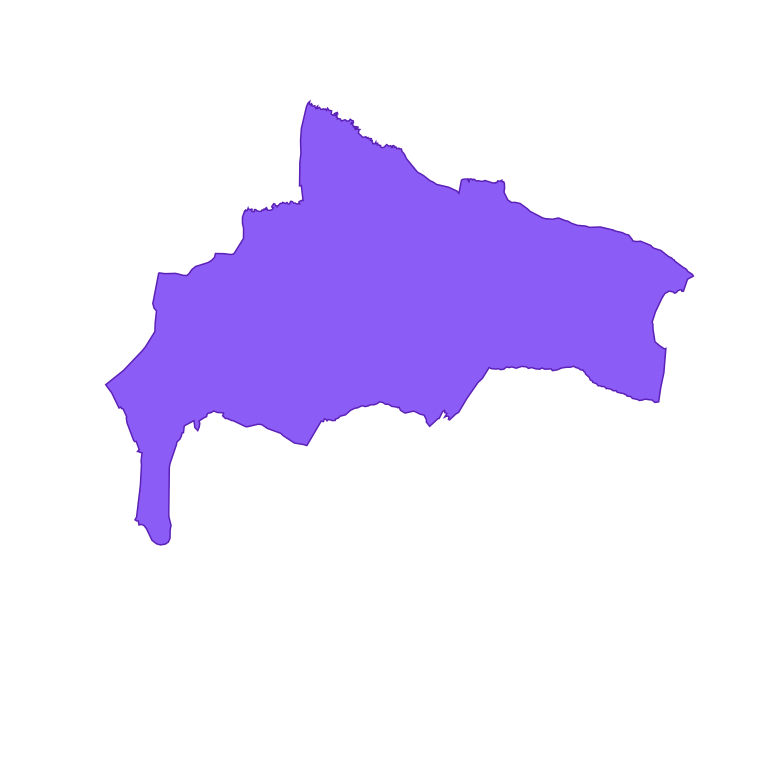 Ghioroiu, Vâlcea, Romania, rotated 118°
{"feature_id": "2599482B90702862990057", "entity_name": "Ghioroiu", "entity_type": "district", "adm_level": 2, "iso_a3": "ROU", "parent_name": "Romania", "parent_adm1": "Vâlcea", "projection": "equal_earth", "projection_center": [23.826, 44.687], "detail": "fine", "context": "isolated", "style": "filled", "palette": "violet", "viewbox_px": 768, "rotation_deg": 118, "n_neighbors": 0, "source": "geoboundaries", "source_scale": "gbopen_adm2", "svg_char_len": 6171}
<svg xmlns="http://www.w3.org/2000/svg" viewBox="0 0 768 768"><g transform="rotate(118 384 384)"><path d="M227.9,562.3L248.7,551.6L247.6,550.2L260.0,541.6L260.6,543.0L262.8,544.5L263.5,544.5L264.5,543.1L266.1,545.8L265.9,547.2L266.6,548.4L266.0,551.2L266.7,552.2L269.1,552.0L269.8,552.5L270.0,553.5L269.3,554.8L270.9,555.8L271.2,558.7L272.4,558.9L273.2,560.3L277.8,561.6L277.0,562.3L277.5,563.6L276.3,564.9L276.5,566.0L280.0,566.4L280.6,565.7L280.3,564.4L282.2,564.5L284.1,566.0L285.2,568.4L284.6,569.0L284.8,569.7L283.8,570.0L283.6,570.8L285.7,570.9L285.7,572.0L287.2,572.1L287.6,573.4L288.9,573.4L290.1,574.8L290.8,577.9L290.2,578.8L290.5,579.9L291.0,580.3L292.6,579.4L293.6,581.1L293.3,582.3L291.7,582.4L291.8,583.2L292.9,583.8L293.1,586.0L292.6,586.5L295.1,586.2L295.4,587.8L296.5,587.4L296.7,588.3L303.1,587.3L308.6,584.4L312.6,581.0L321.5,576.4L338.9,577.6L340.3,578.3L341.7,580.3L344.1,586.6L347.9,594.1L351.6,593.1L355.7,594.2L359.3,596.3L368.7,605.5L373.3,607.4L378.3,608.0L380.8,609.1L382.2,612.0L384.2,620.0L389.4,629.2L391.4,634.6L392.2,634.9L421.5,625.9L425.0,622.6L426.3,619.2L437.5,614.7L445.3,610.9L463.1,612.1L467.9,613.0L494.4,620.4L515.3,629.4L519.7,620.2L529.6,606.7L527.9,605.5L528.9,604.2L528.4,602.7L533.9,595.6L534.9,595.7L539.1,592.5L551.3,578.6L551.9,577.1L551.0,575.9L556.7,569.5L559.2,569.9L558.5,568.7L559.1,568.0L558.3,565.4L566.3,562.2L569.2,560.2L587.9,551.5L617.6,540.0L620.8,540.1L621.0,538.1L620.3,536.7L623.5,534.1L622.0,532.6L621.6,529.7L623.2,525.9L630.9,515.5L631.9,509.8L631.0,505.8L628.0,501.9L624.8,500.2L620.7,500.5L613.0,504.4L608.9,505.6L602.3,511.5L598.7,513.6L558.8,534.2L555.2,535.5L534.9,538.8L532.6,539.6L528.4,538.3L525.2,538.5L522.0,539.4L521.2,538.2L514.7,540.7L505.6,534.6L511.2,530.6L512.6,526.6L508.9,526.9L505.4,528.1L503.4,529.9L498.2,527.0L496.1,525.3L494.1,525.9L492.4,525.7L491.1,523.8L487.7,521.5L487.4,517.9L484.9,512.2L485.3,511.7L487.8,511.6L488.9,507.8L488.1,506.4L487.7,500.9L487.2,500.1L486.6,486.0L485.7,484.3L478.6,476.3L477.2,472.8L478.0,466.2L476.0,451.8L476.9,449.0L478.2,435.5L475.2,426.5L474.6,423.2L446.3,422.0L445.6,419.8L443.0,420.3L442.3,419.2L443.3,417.0L441.7,416.5L441.0,415.4L440.6,412.5L439.1,410.0L437.4,410.2L435.9,408.5L433.0,407.6L429.4,403.6L422.8,401.1L419.0,398.3L417.6,396.3L413.5,393.2L412.7,389.9L410.7,387.6L409.0,386.5L406.7,382.7L404.5,380.8L401.6,379.3L400.9,376.0L401.2,373.2L399.8,370.6L400.1,366.6L398.5,362.3L398.5,360.7L397.4,359.8L399.5,357.1L399.8,351.8L394.2,345.3L393.8,343.6L393.7,338.0L392.7,334.0L395.6,329.8L397.7,328.8L399.9,323.8L389.3,320.1L388.5,319.1L380.8,319.3L379.1,318.5L379.1,317.7L380.8,317.0L380.4,315.4L380.7,314.6L384.7,314.9L382.8,313.4L382.5,312.6L382.8,310.9L385.0,310.5L384.9,309.3L376.8,306.5L374.0,304.8L357.7,304.0L338.4,301.7L333.1,299.8L320.1,298.9L320.1,296.6L318.1,291.9L316.8,290.3L316.6,287.8L314.6,285.1L311.6,283.9L310.6,281.0L308.9,279.2L308.0,274.7L303.9,270.8L302.0,266.3L302.4,263.8L300.2,261.4L299.3,256.8L297.7,253.3L295.8,252.2L295.4,248.9L292.2,243.5L293.1,241.7L292.9,241.2L289.9,237.4L286.7,234.9L283.9,231.3L281.8,227.5L279.3,224.8L279.4,222.4L278.8,219.7L279.2,217.3L278.3,214.3L279.2,213.3L279.3,212.0L280.7,210.6L281.7,206.1L283.6,203.7L283.6,201.3L284.5,200.4L284.0,196.4L285.0,194.0L284.1,192.3L284.0,190.4L283.2,189.3L283.0,187.0L283.8,185.5L283.1,185.0L282.0,180.9L282.4,178.9L281.8,177.3L280.8,176.1L281.5,175.2L281.7,173.9L279.9,167.5L280.2,166.4L279.7,165.4L280.6,163.7L279.3,160.5L280.1,157.8L278.6,152.8L278.7,150.9L276.7,148.1L274.9,146.6L272.3,139.7L273.1,136.2L270.8,133.1L257.1,138.0L242.6,142.2L220.3,151.8L221.2,152.6L221.3,153.4L220.8,158.6L219.5,164.6L209.3,172.2L204.8,174.8L203.8,176.1L201.9,176.6L192.8,178.2L177.9,178.9L172.2,178.5L168.1,175.8L167.0,172.3L167.4,170.1L166.0,168.8L163.8,168.4L162.2,167.1L161.1,165.5L162.3,164.5L161.5,163.2L149.0,165.2L143.5,161.5L142.4,163.3L142.0,168.6L140.7,170.9L140.6,174.4L139.0,184.9L138.3,185.8L138.4,187.7L137.7,188.9L137.9,192.6L136.1,202.2L137.4,209.3L137.0,212.3L136.4,213.2L137.5,224.6L139.5,227.5L140.9,231.5L139.9,232.7L137.6,237.8L138.3,240.6L138.5,244.7L140.4,251.9L140.4,253.7L143.8,266.7L149.3,276.3L149.8,279.9L153.1,287.7L154.1,294.0L153.9,298.3L154.6,300.4L155.5,307.9L159.3,312.4L162.3,319.2L162.9,322.1L163.0,336.1L162.0,339.5L160.7,348.6L162.1,353.6L163.8,356.5L163.4,361.0L158.3,368.1L154.4,369.5L150.5,371.8L149.2,373.3L150.0,374.6L148.7,375.6L150.6,377.0L151.2,378.8L152.9,378.8L153.3,379.6L154.1,379.7L154.3,380.7L155.3,381.7L157.0,390.6L158.5,391.6L159.6,393.8L160.2,396.1L161.5,398.0L160.8,400.1L161.1,400.9L162.3,401.6L161.8,402.2L162.2,403.8L162.6,404.3L165.6,404.0L164.9,405.3L163.6,405.4L163.4,406.0L166.2,410.4L167.7,411.3L180.5,407.4L179.4,410.1L179.9,419.3L183.1,431.3L182.6,435.6L182.9,438.7L181.4,447.0L181.2,454.0L174.5,470.0L171.6,473.8L170.2,477.2L168.3,479.1L169.1,480.2L168.8,481.6L170.3,483.0L169.2,484.5L170.0,485.7L169.1,486.2L169.1,487.7L169.6,488.2L171.1,487.5L171.7,488.3L170.4,489.9L171.8,491.4L171.3,494.0L175.0,495.2L176.3,496.7L176.3,498.1L175.0,499.0L175.5,499.8L175.2,500.6L176.0,502.2L174.4,502.6L175.4,504.2L174.4,504.8L176.2,504.8L177.0,506.7L175.9,507.6L175.7,508.5L174.5,508.7L175.2,510.4L173.4,510.4L174.0,512.2L174.8,512.9L173.9,513.9L175.0,514.9L174.2,516.1L176.2,518.3L174.5,524.4L171.6,525.3L170.7,524.9L171.5,527.2L169.4,527.5L169.8,529.0L172.1,528.3L172.7,528.9L171.7,529.7L171.4,530.9L170.2,530.2L170.9,532.3L169.2,533.7L169.8,535.3L168.6,535.3L168.1,533.8L167.7,533.6L166.1,534.8L166.4,535.9L166.1,538.1L168.0,538.4L169.5,540.4L168.9,541.7L169.1,542.6L171.8,545.1L170.5,547.0L170.9,548.8L171.9,549.4L170.4,550.6L170.6,551.2L169.5,551.6L169.8,552.7L168.5,553.1L168.3,552.1L167.5,552.9L167.1,551.8L166.2,552.8L168.3,554.6L169.2,554.8L170.0,554.2L170.6,554.8L170.4,557.4L167.4,558.5L168.1,560.9L167.0,563.4L169.4,563.2L168.7,564.9L169.7,565.8L169.5,566.9L170.4,567.2L171.2,568.6L170.1,570.8L171.8,572.1L169.9,573.0L171.1,573.4L172.3,572.9L172.8,573.3L171.7,575.1L170.8,575.7L172.1,577.3L172.2,578.7L171.1,578.6L170.6,579.6L172.0,580.1L172.0,581.2L169.4,582.2L171.9,583.0L175.8,582.6L197.3,576.9L208.2,572.0L219.4,565.6L227.9,562.3Z" fill="#8b5cf6" stroke="#5b21b6" stroke-width="1.5"/></g></svg>